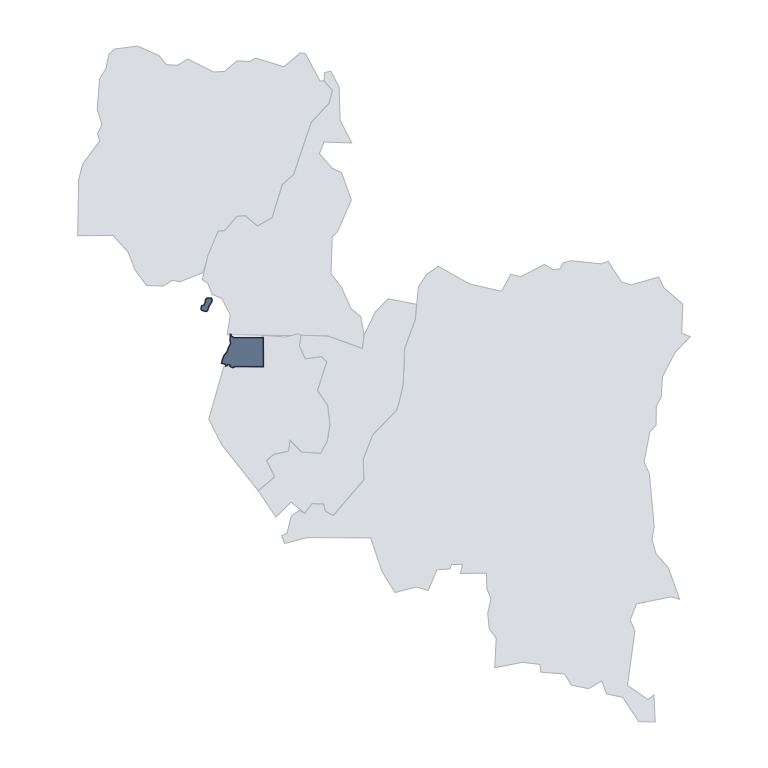 Equatorial Guinea and the surrounding countries
{"feature_id": "GNQ", "entity_name": "Equatorial Guinea", "entity_type": "country or territory", "adm_level": 0, "iso_a3": "GNQ", "parent_name": "Africa", "parent_adm1": "", "projection": "natural_earth1", "projection_center": [9.725, 2.359], "detail": "fine", "context": "with_neighbors", "style": "filled", "palette": "slate", "viewbox_px": 768, "rotation_deg": 0, "n_neighbors": 5, "source": "natural_earth", "source_scale": "50m", "svg_char_len": 4069}
<svg xmlns="http://www.w3.org/2000/svg" viewBox="0 0 768 768"><path d="M649.4,473.6L654.2,526.6L652.0,539.5L656.1,554.0L668.4,567.9L679.6,599.3L671.2,596.8L636.5,603.9L630.2,619.9L634.9,630.9L627.5,685.4L648.0,699.6L653.9,695.0L655.2,721.9L638.8,721.7L622.7,697.3L606.4,693.9L601.8,680.8L588.6,688.7L571.5,685.2L564.5,673.9L540.9,672.2L539.8,664.4L522.7,662.3L494.8,667.7L496.2,638.1L489.2,628.8L487.7,613.5L491.0,598.5L486.8,588.8L486.5,573.2L460.4,573.4L462.4,564.4L451.4,564.5L450.2,568.8L436.9,569.8L428.2,590.5L416.3,587.0L395.0,592.5L382.0,571.5L370.6,537.9L307.2,537.6L284.6,543.5L281.6,535.8L287.1,533.1L291.3,515.9L299.1,510.6L304.7,513.2L312.1,503.6L323.8,503.9L325.2,510.9L333.2,515.4L363.9,479.6L363.2,459.1L372.6,434.9L396.6,410.1L399.1,402.2L403.1,384.4L404.7,348.2L415.3,319.4L418.4,287.0L426.7,274.3L438.2,266.3L469.7,284.0L501.5,291.3L510.8,274.3L520.6,276.8L544.5,264.4L553.0,269.7L559.9,268.9L563.1,262.9L571.1,260.7L601.1,263.9L608.2,261.3L621.3,281.8L631.0,284.9L658.6,277.0L663.8,287.7L682.8,304.2L681.7,333.3L690.3,336.7L675.2,352.2L662.5,376.7L661.3,396.7L656.3,406.2L656.1,425.0L649.9,431.9L644.0,462.3L649.4,473.6Z" fill="#d9dde1" stroke="#a8b0b8" stroke-width="1"/><path d="M77.7,235.7L78.6,179.7L82.7,164.0L99.8,140.9L97.6,134.2L101.9,124.2L97.2,109.4L99.6,78.8L105.8,68.8L108.9,54.4L114.5,49.0L137.5,46.1L158.8,55.4L166.8,64.8L177.7,65.2L187.8,59.1L213.6,72.0L224.5,71.4L237.1,60.8L249.6,61.5L255.8,58.0L283.8,66.8L300.5,52.8L305.5,53.8L320.0,81.1L324.0,80.6L332.5,90.5L329.1,103.3L311.2,122.6L293.7,174.5L282.3,184.7L272.2,217.7L257.4,226.1L245.4,215.9L237.2,216.3L224.4,230.9L218.2,231.1L202.5,272.8L180.1,281.7L172.0,280.4L163.7,286.0L146.5,285.5L135.0,269.9L128.0,251.9L112.8,235.4L77.7,235.7Z" fill="#d9dde1" stroke="#a8b0b8" stroke-width="1"/><path d="M330.7,71.2L339.2,87.2L340.1,120.3L351.8,143.0L324.0,142.0L319.4,153.7L332.1,168.3L341.5,172.5L351.4,200.0L337.3,232.0L332.2,236.5L331.0,273.8L341.2,286.8L351.0,308.6L360.8,316.6L364.1,335.1L362.5,348.6L328.0,336.1L227.2,334.7L230.3,315.1L221.9,298.6L212.1,294.4L207.7,283.2L202.2,279.7L208.0,255.2L218.2,231.1L224.4,230.9L237.2,216.3L245.4,215.9L257.4,226.1L272.2,217.7L282.3,184.7L293.7,174.5L311.2,122.6L329.1,103.3L332.5,90.5L324.0,80.6L324.7,72.6L330.7,71.2Z" fill="#d9dde1" stroke="#a8b0b8" stroke-width="1"/><path d="M416.5,304.3L415.3,319.4L404.7,348.2L403.1,384.4L399.1,402.2L396.6,410.1L372.6,434.9L363.2,459.1L363.9,479.6L333.2,515.4L325.2,510.9L323.8,503.9L312.1,503.6L304.7,513.2L291.1,502.1L275.9,517.0L258.2,490.7L274.6,476.9L266.5,460.5L273.9,454.2L288.4,451.1L290.1,440.1L301.6,452.1L320.6,453.1L327.2,441.3L329.9,424.8L327.6,405.4L317.4,390.6L326.7,361.8L321.4,356.8L305.3,358.9L299.3,346.0L300.9,335.2L328.0,336.1L362.5,348.6L364.1,335.1L375.3,312.0L388.1,298.8L416.5,304.3Z" fill="#d9dde1" stroke="#a8b0b8" stroke-width="1"/><path d="M262.2,335.3L285.5,337.0L298.2,333.8L300.9,335.2L299.3,346.0L305.3,358.9L321.4,356.8L326.7,361.8L317.4,390.6L327.6,405.4L329.9,424.8L327.2,441.3L320.6,453.1L301.6,452.1L290.1,440.1L288.4,451.1L273.9,454.2L266.5,460.5L274.6,476.9L258.2,490.7L221.9,445.0L208.8,419.3L223.8,366.4L262.4,365.3L262.2,335.3Z" fill="#d9dde1" stroke="#a8b0b8" stroke-width="1"/><path d="M263.3,337.6L263.3,343.4L263.3,348.3L263.4,353.5L263.4,359.0L263.4,363.7L263.4,366.7L259.0,366.7L253.2,366.7L247.3,366.6L241.5,366.6L238.6,366.6L235.3,366.6L234.3,366.8L233.6,367.5L232.7,367.7L231.7,367.0L230.5,366.7L230.2,366.1L229.6,364.8L228.3,364.7L227.7,364.8L226.9,365.5L225.9,365.9L226.1,365.3L224.2,363.8L222.8,363.7L221.5,363.2L222.5,359.3L223.8,355.9L225.8,353.2L226.8,352.6L227.1,351.3L228.7,347.1L230.6,343.6L230.0,340.1L230.4,334.2L231.0,334.4L231.1,334.9L231.2,335.8L231.9,336.5L234.3,337.6L241.3,337.6L245.5,337.6L251.7,337.6L258.3,337.6L263.3,337.6ZM207.5,298.0L208.0,298.1L211.3,298.0L212.1,299.3L212.0,301.3L208.7,306.9L208.1,309.3L206.8,311.3L205.7,311.5L201.9,310.3L201.2,309.6L201.0,308.6L201.4,306.4L201.7,305.7L203.5,305.3L204.1,304.9L205.1,302.5L205.4,300.2L206.2,298.6L207.5,298.0Z" fill="#64748b" stroke="#1e293b" stroke-width="1.5"/></svg>